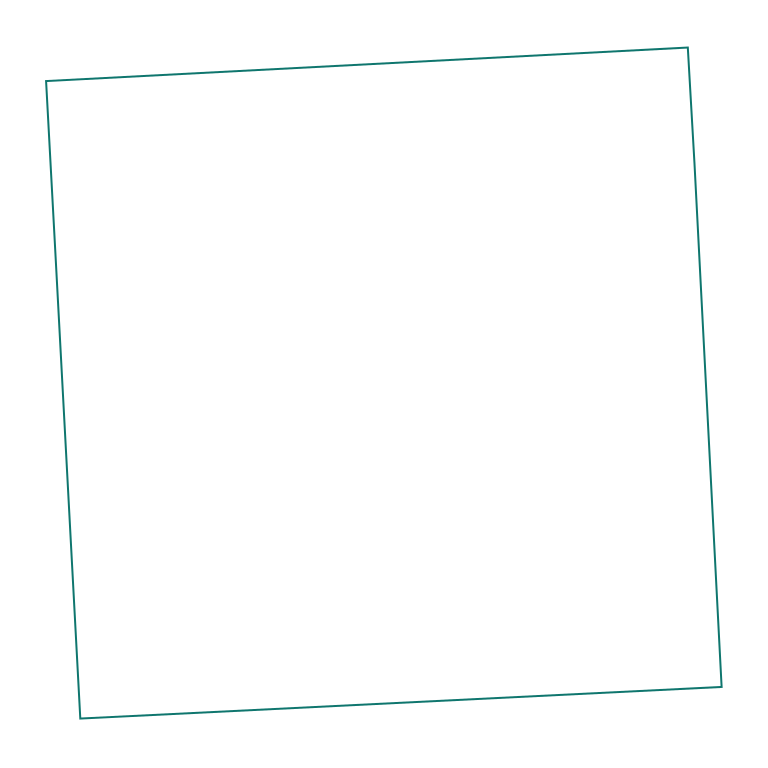 Briscoe, Texas, United States of America (Albers equal-area conic projection), rotated 267°
{"feature_id": "52423323B43262131750605", "entity_name": "Briscoe", "entity_type": "district", "adm_level": 2, "iso_a3": "USA", "parent_name": "United States of America", "parent_adm1": "Texas", "projection": "albers", "projection_center": [-101.151, 34.53], "detail": "fine", "context": "isolated", "style": "outline", "palette": "teal", "viewbox_px": 768, "rotation_deg": 267, "n_neighbors": 0, "source": "geoboundaries", "source_scale": "gbopen_adm2", "svg_char_len": 244}
<svg xmlns="http://www.w3.org/2000/svg" viewBox="0 0 768 768"><g transform="rotate(267 384 384)"><path d="M527.5,62.7L65.8,63.2L63.8,705.3L587.9,705.6L704.1,705.0L704.2,62.4L527.5,62.7Z" fill="none" stroke="#0f766e" stroke-width="2"/></g></svg>